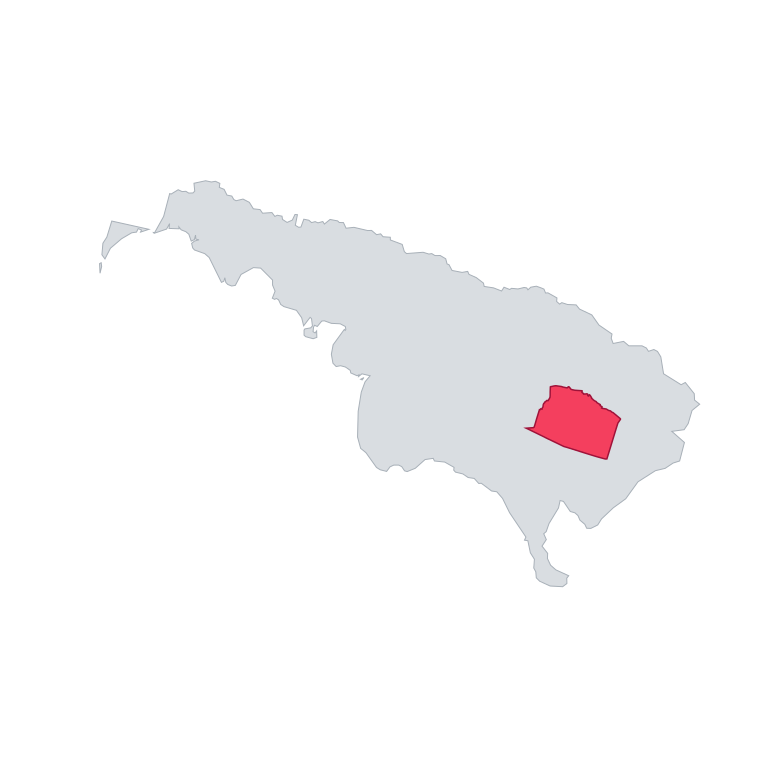 Argentina, with Santiago del Estero highlighted, rotated 106°
{"feature_id": "ARG-1304", "entity_name": "Santiago del Estero", "entity_type": "Province", "adm_level": 1, "iso_a3": "ARG", "parent_name": "Argentina", "parent_adm1": "", "projection": "orthographic", "projection_center": [-64.331, -27.868], "detail": "fine", "context": "in_parent", "style": "filled", "palette": "rose", "viewbox_px": 768, "rotation_deg": 106, "n_neighbors": 0, "source": "natural_earth", "source_scale": "10m", "svg_char_len": 5778}
<svg xmlns="http://www.w3.org/2000/svg" viewBox="0 0 768 768"><g transform="rotate(106 384 384)"><path d="M461.3,238.5L456.5,245.9L457.2,251.1L452.6,263.1L453.5,265.5L449.9,271.2L450.7,277.4L448.7,283.4L449.0,291.0L447.6,293.2L444.8,293.7L442.3,304.1L444.1,314.3L441.9,316.2L445.3,323.7L456.4,330.7L461.8,337.6L461.8,340.3L458.5,344.2L457.9,347.6L459.3,352.3L462.0,355.4L467.3,357.4L467.5,364.0L466.3,368.2L455.0,382.4L452.3,388.7L442.3,394.8L417.3,401.3L398.0,403.6L387.1,402.8L379.9,399.6L380.3,408.0L383.8,410.5L382.0,410.6L383.5,412.1L382.5,419.0L380.2,420.2L378.3,425.8L378.4,430.8L380.4,434.8L378.1,438.8L369.9,442.8L360.3,443.7L342.5,437.2L343.2,436.1L342.2,435.7L339.4,437.0L338.2,442.7L340.2,451.3L339.7,458.8L340.7,461.2L347.1,464.0L346.7,467.0L348.8,467.4L353.3,466.6L353.9,464.3L351.5,463.4L357.7,461.4L360.0,464.6L360.1,472.3L359.1,474.3L354.2,475.7L352.9,475.3L350.2,469.9L347.9,468.8L341.1,471.7L340.3,473.4L350.2,477.3L343.0,481.4L337.3,488.5L337.2,501.5L336.0,505.2L332.1,508.6L331.5,511.1L332.8,512.5L332.3,515.0L324.8,514.3L319.6,518.4L314.8,519.8L306.6,534.5L308.1,541.6L318.1,551.6L330.2,554.1L331.8,557.5L331.4,561.6L330.0,564.0L325.7,566.3L329.4,566.3L331.1,568.3L310.6,586.9L308.1,592.2L307.4,603.1L305.9,605.4L301.8,607.7L298.8,605.5L296.4,601.6L296.6,604.8L292.8,606.2L297.5,606.1L299.8,608.7L293.8,612.9L292.2,616.5L291.7,621.5L289.5,624.5L291.3,623.8L293.7,633.5L288.9,634.3L295.0,635.7L302.5,646.5L301.9,647.4L301.7,646.2L283.7,642.0L260.0,642.5L260.1,641.0L254.0,635.4L254.7,631.1L253.4,627.6L254.3,624.3L253.0,620.3L250.8,619.1L243.4,622.0L237.8,611.5L237.4,605.6L235.6,601.9L236.4,597.1L240.4,596.5L241.0,591.3L245.7,587.0L245.3,582.1L248.1,579.2L248.6,576.7L245.1,570.5L246.5,563.5L251.6,557.9L250.5,551.2L253.3,547.8L250.1,539.0L253.0,535.1L251.2,533.1L250.8,528.3L253.8,526.9L255.4,521.7L251.7,517.3L245.6,516.3L245.1,513.9L255.9,513.0L256.9,509.2L256.0,507.1L247.7,506.5L247.3,501.4L248.8,498.1L246.9,494.9L247.3,491.9L244.7,487.6L246.7,485.4L240.7,481.2L240.0,473.5L241.1,471.5L240.0,467.5L244.7,463.4L241.7,456.1L241.0,442.0L239.8,438.3L242.5,432.3L240.6,428.6L242.7,425.5L241.2,418.4L243.8,417.6L244.8,405.0L251.2,400.9L252.4,398.3L246.6,382.7L246.7,376.7L245.5,374.0L246.5,370.4L245.0,365.4L246.6,359.2L251.2,356.5L251.4,354.4L256.1,349.9L255.2,339.7L252.7,334.6L255.2,332.5L256.3,324.6L259.6,316.2L262.6,314.6L261.4,305.2L262.2,296.6L257.9,295.3L258.5,289.2L256.9,287.8L255.7,281.4L252.6,275.9L252.3,273.3L253.8,271.6L250.5,269.6L248.0,264.5L248.3,259.6L248.7,256.4L252.0,253.8L251.2,251.5L253.6,241.5L257.1,240.8L258.8,237.2L256.8,235.5L257.0,229.5L255.0,221.1L258.1,216.7L260.3,203.3L268.1,193.6L273.1,178.6L277.4,178.2L281.9,174.9L277.0,165.4L279.8,159.2L276.2,146.5L277.1,141.7L279.7,138.8L276.5,134.1L277.3,130.1L281.6,125.4L297.1,118.1L302.8,98.2L299.5,94.8L307.8,83.1L313.9,81.0L316.4,75.0L324.5,80.6L338.3,80.7L345.2,82.9L350.2,94.3L357.4,79.1L376.5,78.6L380.3,84.3L387.6,90.5L392.5,99.2L408.0,112.9L427.7,120.0L439.7,129.4L453.7,137.7L460.6,139.7L465.8,145.4L466.8,149.4L463.5,152.3L460.9,158.1L457.0,161.3L455.2,165.0L455.2,169.8L447.4,179.1L447.5,182.6L455.0,182.1L472.6,186.9L481.2,187.4L483.9,189.2L488.8,185.1L496.3,187.4L501.7,180.0L506.7,178.8L512.3,173.9L515.3,167.5L517.4,153.6L520.3,154.8L525.3,153.2L529.6,156.4L532.4,168.6L530.7,179.9L528.3,184.2L522.7,186.3L519.6,189.3L511.0,191.1L505.9,196.8L495.0,202.5L495.4,205.9L492.0,205.4L473.1,227.8L461.3,238.5ZM302.4,690.6L300.1,652.6L305.1,659.9L302.8,659.5L302.4,663.1L306.2,663.8L308.2,668.2L316.7,676.3L328.9,684.4L340.7,686.7L337.5,690.8L326.1,693.0L319.2,690.9L302.4,690.6ZM345.4,689.3L348.9,687.8L355.8,687.5L346.7,690.6L345.4,689.3ZM386.1,406.1L385.9,407.8L383.4,405.1L386.1,406.1Z" fill="#d9dde1" stroke="#a8b0b8" stroke-width="1"/><path d="M366.2,148.6L394.6,149.1L395.1,150.7L395.2,158.4L395.2,160.6L395.0,170.8L394.5,190.3L394.5,193.9L393.3,200.8L391.5,211.5L389.8,220.7L388.9,225.8L387.3,235.2L384.8,228.4L384.1,227.8L381.4,227.7L375.7,227.7L366.2,227.5L365.8,227.5L365.8,227.4L365.7,227.3L365.7,227.2L365.7,226.9L365.6,226.7L365.4,226.5L364.8,226.4L364.6,226.4L364.6,226.1L364.6,225.6L364.6,225.4L364.6,225.2L364.4,225.2L363.7,225.3L362.3,224.9L362.1,224.9L360.1,225.2L359.8,225.2L358.8,225.1L358.7,225.1L358.3,224.9L358.1,224.7L357.9,224.5L356.8,224.3L356.7,224.3L356.6,224.1L356.4,223.8L355.1,223.1L354.9,222.9L354.8,222.7L354.9,222.0L354.9,221.8L354.8,221.7L354.6,221.6L351.4,220.8L350.7,220.8L348.9,221.2L345.7,222.1L340.9,223.3L340.5,222.9L340.3,222.4L340.1,222.0L339.0,220.0L338.3,218.3L337.5,212.7L337.6,211.1L337.3,207.3L337.2,207.0L337.2,206.9L336.8,206.5L336.0,206.1L335.9,206.1L335.8,205.9L335.8,205.2L336.1,204.8L336.4,204.3L336.7,203.9L337.1,203.5L337.3,203.2L337.5,202.7L337.6,201.6L337.4,198.8L335.9,191.8L336.1,191.6L336.3,191.5L336.5,191.5L336.8,191.6L337.0,191.6L337.4,191.5L337.5,191.4L337.7,191.0L338.2,189.5L338.3,189.3L338.4,189.2L338.6,189.2L338.2,187.9L337.5,186.3L337.5,185.8L337.7,185.3L337.8,185.2L338.3,185.2L338.5,185.2L338.8,185.0L338.9,184.9L339.0,184.8L339.2,184.4L339.2,184.1L338.8,183.9L338.5,183.7L338.2,183.7L337.9,183.6L337.7,183.4L338.6,182.1L338.9,181.9L339.7,180.9L339.9,180.7L340.1,180.6L340.5,180.5L340.6,180.4L340.7,180.2L341.1,179.1L341.5,178.6L342.0,177.2L342.2,176.4L342.4,175.3L342.5,175.2L342.7,174.8L342.8,174.7L343.0,174.6L343.3,174.0L343.9,171.7L344.1,170.8L344.2,170.5L344.3,170.5L344.5,170.4L344.7,170.5L344.9,170.4L345.0,170.4L345.2,170.1L345.7,168.3L345.8,168.1L346.0,168.0L347.1,168.2L347.2,167.7L347.2,167.0L347.0,165.6L346.8,163.6L346.8,163.3L347.4,161.2L347.5,160.7L347.4,159.3L347.5,158.7L348.2,157.3L348.3,157.0L348.3,156.8L348.3,156.2L348.4,155.9L348.5,155.6L352.1,147.5L352.5,147.0L353.2,147.1L356.5,148.2L357.1,148.4L366.2,148.6Z" fill="#f43f5e" stroke="#9f1239" stroke-width="1.5"/></g></svg>